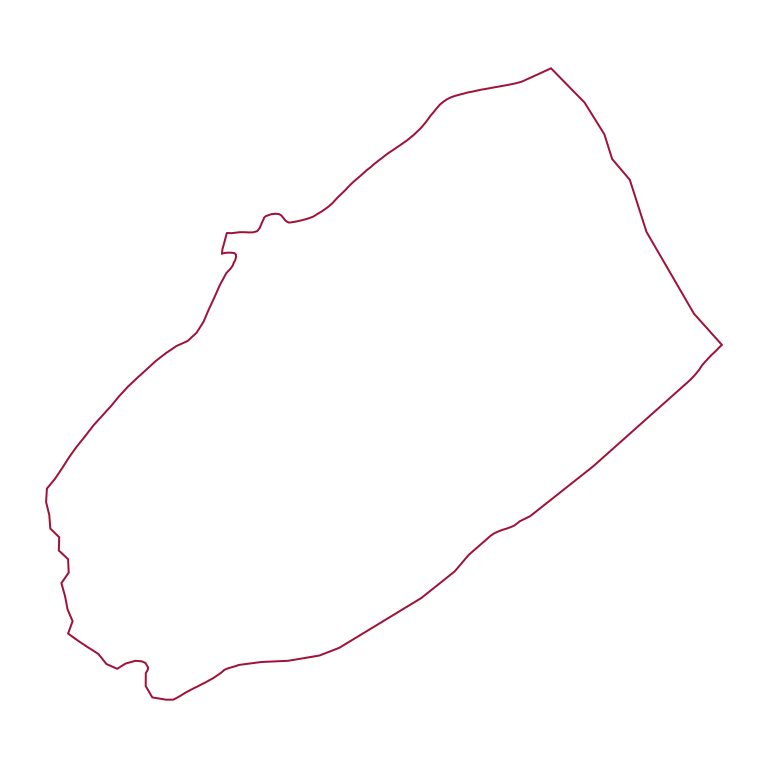 Sarar, Abyan, Yemen
{"feature_id": "15242507B17231437712289", "entity_name": "Sarar", "entity_type": "district", "adm_level": 2, "iso_a3": "YEM", "parent_name": "Yemen", "parent_adm1": "Abyan", "projection": "natural_earth1", "projection_center": [45.331, 13.58], "detail": "fine", "context": "isolated", "style": "outline", "palette": "rose", "viewbox_px": 768, "rotation_deg": 0, "n_neighbors": 0, "source": "geoboundaries", "source_scale": "gbopen_adm2", "svg_char_len": 2837}
<svg xmlns="http://www.w3.org/2000/svg" viewBox="0 0 768 768"><path d="M412.2,136.1L410.4,137.6L408.4,139.3L406.5,140.8L403.1,143.1L398.5,146.3L397.8,146.7L393.8,149.5L390.3,151.8L386.3,154.6L382.1,157.9L378.4,160.7L374.1,164.1L370.6,167.2L366.8,170.1L363.4,173.2L359.8,176.4L356.0,179.6L352.8,182.4L348.7,186.4L345.4,190.0L341.5,193.8L338.4,196.7L335.3,200.0L332.2,203.4L328.6,206.5L325.0,209.2L321.6,211.5L317.2,214.1L313.3,216.6L309.3,218.1L305.4,219.3L300.4,220.6L295.9,221.6L291.5,222.3L288.9,222.6L286.5,221.4L285.1,220.2L281.5,215.6L279.3,214.2L275.3,213.7L275.3,213.8L271.2,214.2L267.9,215.4L265.7,216.2L264.0,217.8L263.5,219.5L261.6,223.4L259.9,227.7L257.2,231.2L252.6,232.4L248.4,232.4L244.2,232.2L240.1,232.2L235.5,232.7L231.5,233.2L231.4,233.2L227.2,233.0L226.8,233.2L225.9,236.5L224.8,240.6L222.4,249.4L222.0,253.6L225.2,252.9L227.3,252.7L231.1,252.7L233.9,253.0L234.7,253.4L235.5,254.1L236.0,254.9L236.0,257.2L235.2,260.2L233.8,262.7L232.8,265.4L230.6,268.6L227.8,271.5L226.3,273.2L220.4,284.0L219.7,285.4L218.9,287.2L214.3,297.6L208.8,309.4L203.5,321.8L196.7,332.6L187.6,341.0L176.5,346.0L166.1,353.0L155.6,361.1L146.4,369.6L137.0,378.1L127.9,386.7L118.8,396.6L110.5,406.7L109.0,408.3L107.3,410.1L102.0,416.0L93.6,425.2L85.2,436.1L77.3,445.9L75.0,449.0L69.4,456.8L62.4,467.8L55.0,478.8L46.9,488.6L46.1,502.1L47.0,505.7L49.3,515.2L50.3,528.6L59.2,537.2L58.8,550.5L68.1,559.2L68.4,566.3L68.7,572.6L64.4,578.8L61.4,583.1L65.0,596.0L66.5,603.7L67.5,609.2L72.6,621.2L68.1,633.6L78.0,640.7L80.4,642.3L88.2,647.5L88.3,647.5L98.4,654.0L106.4,664.0L117.2,668.8L125.5,663.6L132.1,661.7L135.4,660.8L141.6,661.3L145.4,662.9L148.2,667.7L147.9,669.5L145.8,673.2L145.7,686.0L152.3,697.4L166.2,699.7L173.2,699.7L177.1,697.7L181.3,695.3L181.7,695.0L185.6,692.6L190.1,690.2L193.9,688.2L197.9,686.3L201.8,684.2L205.7,682.3L209.4,680.2L213.1,678.2L217.3,675.4L220.9,672.9L224.5,669.8L228.4,668.2L232.4,667.0L236.8,665.8L238.4,665.0L261.3,662.0L288.1,660.8L319.5,655.5L339.3,647.8L421.3,598.0L454.7,571.4L468.8,554.8L490.7,535.7L493.7,533.6L497.9,531.6L502.3,529.9L506.3,528.7L510.7,527.1L514.4,525.5L517.8,522.9L519.5,521.4L530.1,516.2L593.2,466.3L683.6,385.8L687.0,382.8L690.3,379.8L693.3,376.7L696.5,373.1L699.4,369.4L702.0,365.4L705.0,361.9L708.6,358.0L711.9,354.6L715.3,351.5L718.7,347.9L721.8,345.0L721.9,344.9L693.9,313.6L646.5,231.9L629.8,179.8L612.2,159.1L604.3,134.1L603.7,133.2L599.3,126.2L584.4,102.3L580.1,98.0L551.0,68.3L521.7,81.7L519.4,82.3L516.6,83.1L512.4,84.0L507.6,85.0L503.5,85.7L498.6,86.6L494.5,87.3L490.2,88.1L485.3,89.0L481.1,89.7L476.5,90.7L472.0,91.7L467.9,92.4L463.7,93.6L459.4,94.7L455.0,95.9L451.0,97.3L446.8,99.4L443.4,101.7L439.8,104.7L436.6,108.4L432.7,113.2L429.9,116.5L427.4,120.1L424.6,123.7L420.7,128.2L417.3,131.5L413.8,134.8L412.3,136.2L412.2,136.1Z" fill="none" stroke="#9f1239" stroke-width="2"/></svg>